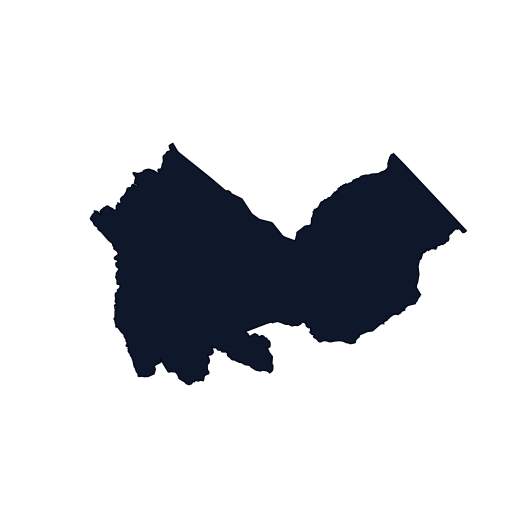 the district of Alta Floresta, Mato Grosso, Brazil, rotated 42°
{"feature_id": "56859067B61506313751079", "entity_name": "Alta Floresta", "entity_type": "district", "adm_level": 2, "iso_a3": "BRA", "parent_name": "Brazil", "parent_adm1": "Mato Grosso", "projection": "albers", "projection_center": [-56.382, -10.043], "detail": "fine", "context": "isolated", "style": "filled", "palette": "ink", "viewbox_px": 512, "rotation_deg": 42, "n_neighbors": 0, "source": "geoboundaries", "source_scale": "gbopen_adm2", "svg_char_len": 6160}
<svg xmlns="http://www.w3.org/2000/svg" viewBox="0 0 512 512"><g transform="rotate(42 256 256)"><path d="M289.7,88.0L289.6,89.8L288.9,90.1L289.4,92.9L292.3,99.1L294.0,100.6L295.0,102.1L295.1,105.2L294.2,107.8L292.9,110.0L292.0,112.9L287.2,117.9L285.7,120.7L283.4,122.7L282.1,124.5L281.8,125.5L281.0,126.0L280.6,129.7L278.9,131.8L278.5,133.5L277.7,134.3L278.2,137.3L276.5,139.9L276.2,141.3L275.4,142.2L274.5,142.3L274.7,143.3L273.9,144.0L273.2,146.0L273.7,146.7L273.3,147.5L272.6,147.7L272.8,148.5L272.0,150.8L273.1,152.4L273.5,153.7L272.6,153.7L272.8,155.4L271.8,155.8L272.2,162.3L271.6,163.7L270.8,164.4L271.1,165.2L270.3,167.8L269.5,168.2L269.4,170.6L268.7,171.5L268.5,172.5L269.0,174.9L269.8,176.1L269.5,177.0L269.9,177.6L269.9,179.7L269.2,180.4L269.5,181.7L268.4,182.4L269.3,184.2L269.1,185.1L270.7,186.1L271.0,187.4L272.0,188.7L272.1,190.4L272.6,191.3L275.6,194.9L275.8,196.7L275.4,197.9L273.5,199.7L272.4,201.5L271.7,206.7L270.8,210.2L270.9,211.4L271.9,212.4L274.6,217.5L274.7,218.9L265.3,222.7L262.4,223.4L246.3,220.7L245.1,220.9L234.1,226.7L224.7,227.7L207.3,223.1L196.0,226.4L194.4,225.8L192.0,226.1L191.2,226.6L190.4,228.0L170.1,228.6L129.1,231.0L126.8,230.6L119.0,228.1L118.1,230.2L117.8,232.1L119.8,233.6L121.6,234.0L121.9,234.9L121.7,235.8L120.5,237.6L120.3,238.9L121.0,240.7L120.3,243.1L120.6,244.3L124.2,247.8L125.2,250.9L126.0,251.7L127.0,253.8L127.1,255.1L126.7,255.9L125.5,256.8L125.7,257.7L128.5,259.3L127.9,260.3L123.2,261.0L118.4,263.2L116.9,265.0L115.5,267.5L115.8,268.9L115.4,270.2L113.9,272.8L112.5,274.3L109.4,275.8L109.2,276.6L109.8,277.0L113.7,277.8L114.3,278.3L115.6,281.0L116.6,281.9L116.8,283.0L117.7,283.2L120.0,282.1L120.8,282.6L120.9,283.7L120.2,284.3L116.8,285.1L116.4,285.9L117.3,288.2L117.2,289.1L115.5,291.0L115.2,292.1L116.9,295.2L117.4,298.1L117.7,299.4L117.2,300.9L117.1,303.4L117.5,304.6L119.9,306.3L120.2,307.3L120.1,308.3L118.0,309.0L118.7,310.0L118.7,312.2L121.3,314.9L121.2,315.7L119.6,317.1L117.4,316.9L115.2,317.8L113.0,317.9L112.0,318.5L111.4,319.5L111.5,320.4L110.7,322.1L110.3,326.1L110.5,327.3L112.5,327.7L113.0,328.5L110.9,329.3L108.3,329.2L105.9,330.7L107.3,332.3L106.9,334.7L107.9,338.9L109.2,339.5L111.6,339.4L115.3,341.1L118.9,340.5L119.8,340.8L120.6,341.7L121.8,341.8L124.8,341.5L136.3,342.9L140.6,342.6L141.6,342.9L142.3,343.8L144.7,344.2L145.0,345.2L145.9,345.7L149.4,345.2L151.6,345.9L152.7,347.3L151.9,351.3L152.2,352.3L153.1,352.8L155.5,351.9L157.0,352.1L157.5,353.0L156.7,354.9L157.5,356.0L159.5,357.2L162.5,356.9L163.2,357.8L163.9,362.4L165.2,363.7L165.9,365.5L169.0,366.8L171.0,369.2L171.9,369.6L173.3,368.6L174.3,368.5L175.9,370.0L176.3,371.6L175.8,373.9L176.8,374.8L177.1,375.5L177.2,376.6L176.6,377.6L177.1,378.5L178.4,380.0L179.6,380.6L180.3,381.7L181.3,381.4L181.2,382.6L181.7,383.9L182.8,384.3L184.0,384.2L184.3,385.0L184.0,387.4L184.6,387.8L185.2,386.9L185.9,386.9L186.9,387.7L187.0,388.6L186.0,389.1L187.6,390.0L188.5,391.5L192.4,395.9L192.6,397.7L194.3,398.2L196.8,400.2L198.2,400.8L199.0,402.2L199.9,402.2L200.7,401.3L207.3,402.7L208.3,402.3L209.4,402.7L210.1,402.0L211.8,403.8L215.8,405.1L216.4,406.1L217.9,405.7L218.0,406.6L219.6,408.1L219.3,409.2L220.3,409.6L220.7,408.5L222.6,409.4L223.0,410.5L224.0,410.7L224.4,411.7L225.1,412.4L228.4,413.0L229.6,414.1L230.8,413.9L235.4,416.5L239.7,419.7L240.7,419.7L244.4,421.8L247.0,422.3L249.0,424.0L250.0,423.5L251.3,421.8L253.4,420.5L256.3,417.8L259.0,411.8L256.9,407.6L255.2,406.6L254.3,406.7L254.0,405.7L254.4,403.2L256.0,399.6L255.9,398.0L255.0,396.7L268.0,400.7L269.1,400.4L269.7,399.0L273.3,396.3L274.2,396.0L277.1,396.4L280.8,398.4L285.1,397.7L286.7,397.1L289.6,397.4L292.2,396.4L293.2,394.8L293.4,393.6L293.0,391.4L294.3,390.6L294.2,388.7L296.9,387.4L297.5,385.6L300.1,384.0L299.5,382.5L298.0,380.4L297.8,379.3L298.5,376.6L299.3,375.8L299.3,374.7L298.5,373.8L295.9,373.2L292.4,369.5L292.5,367.2L291.7,365.4L290.1,364.0L289.3,364.0L288.7,363.2L287.5,363.1L287.1,362.4L287.2,361.3L288.8,359.0L288.7,356.4L287.0,354.9L284.1,353.8L287.8,350.8L290.7,351.2L292.6,349.7L293.4,349.5L294.9,349.9L298.0,347.2L299.4,347.1L301.9,349.0L304.7,348.7L307.1,349.0L308.0,348.8L308.6,347.9L314.6,346.1L316.4,344.8L320.6,344.0L324.3,341.4L326.5,341.7L332.0,340.8L336.3,338.4L337.0,336.5L340.6,334.1L342.9,333.4L344.2,333.7L344.8,331.4L344.4,329.3L342.0,326.4L339.8,325.5L335.4,319.9L330.7,319.0L326.5,317.3L326.2,316.4L326.9,314.0L324.7,311.4L322.9,310.4L320.3,310.8L319.2,310.1L318.4,310.3L317.8,311.0L317.0,311.0L315.3,310.5L313.3,311.5L313.3,312.9L312.3,313.8L311.3,314.1L309.9,313.8L307.3,314.5L306.5,316.0L305.9,318.8L305.2,319.7L304.5,320.1L303.7,320.1L302.0,319.3L299.4,319.6L298.5,319.3L308.9,299.0L311.1,295.3L312.0,294.6L313.2,294.2L313.6,292.6L314.5,292.0L315.4,290.3L319.1,288.5L323.1,287.1L324.9,285.9L325.5,285.0L329.3,283.9L331.5,281.1L333.2,280.0L334.0,278.6L334.6,276.0L334.4,274.2L334.9,273.6L337.3,272.7L339.3,273.4L339.9,274.1L340.8,274.3L342.9,274.1L344.2,272.9L345.0,272.9L346.0,274.4L346.9,274.6L347.1,276.6L348.5,276.5L349.5,276.8L352.1,275.8L352.9,276.2L352.8,277.3L353.7,277.7L355.8,277.0L360.2,277.4L361.3,276.7L362.9,273.3L366.1,271.2L367.8,270.6L369.3,269.2L370.9,266.9L374.2,263.3L377.2,261.1L381.5,259.6L383.2,258.4L384.7,258.0L387.4,254.4L387.4,253.6L386.3,251.8L386.1,250.6L386.6,247.2L385.8,245.8L385.8,244.9L389.4,237.2L392.6,233.7L393.8,223.9L394.5,222.1L396.1,220.8L394.9,219.6L396.3,215.5L395.8,213.8L396.3,213.2L396.2,210.7L396.8,209.9L396.9,208.1L398.9,205.4L400.5,204.6L401.4,201.7L401.1,199.4L402.6,196.8L401.4,195.1L401.8,191.1L406.1,184.9L405.4,183.0L405.7,182.2L404.3,178.0L404.7,176.6L403.8,175.8L404.2,174.7L396.8,172.5L395.8,171.9L394.4,169.8L393.7,167.7L389.2,160.6L383.4,155.6L380.4,150.4L379.4,149.4L380.2,148.8L380.4,147.7L377.8,142.4L378.8,140.4L379.0,137.7L378.6,136.8L379.3,136.2L380.4,136.4L381.2,133.3L382.8,131.8L383.2,129.7L384.5,131.0L384.9,130.3L383.8,127.2L384.1,126.2L385.1,125.3L385.7,123.2L386.9,122.5L387.8,119.5L387.5,118.5L388.5,116.1L388.2,115.1L387.6,114.0L386.4,113.4L385.1,110.8L385.9,108.4L385.7,105.5L386.0,102.6L386.7,101.5L387.7,101.3L387.6,100.5L389.3,99.5L394.0,100.1L394.9,99.2L395.4,96.6L305.5,89.0L289.7,88.0Z" fill="#0f172a" stroke="#020617" stroke-width="1.5"/></g></svg>